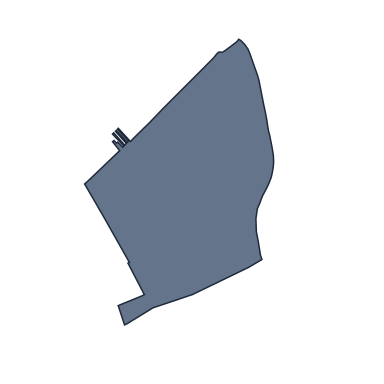 Rud Al-Farag, Al Qahirah, Egypt (Natural Earth projection), rotated 225°
{"feature_id": "37247803B92272311463105", "entity_name": "Rud Al-Farag", "entity_type": "district", "adm_level": 2, "iso_a3": "EGY", "parent_name": "Egypt", "parent_adm1": "Al Qahirah", "projection": "natural_earth1", "projection_center": [31.241, 30.075], "detail": "fine", "context": "isolated", "style": "filled", "palette": "slate", "viewbox_px": 384, "rotation_deg": 225, "n_neighbors": 0, "source": "geoboundaries", "source_scale": "gbopen_adm2", "svg_char_len": 1488}
<svg xmlns="http://www.w3.org/2000/svg" viewBox="0 0 384 384"><g transform="rotate(225 192 192)"><path d="M267.0,333.0L266.6,330.8L266.6,329.5L266.9,327.3L268.7,314.8L269.4,312.3L270.0,311.6L270.4,311.3L271.5,310.5L272.1,309.6L272.1,308.3L272.1,307.1L272.0,306.1L271.6,302.2L271.5,287.3L271.5,256.9L271.5,230.9L271.1,210.8L271.2,203.9L271.2,202.6L271.2,201.2L271.3,194.2L271.3,187.7L271.2,184.2L272.2,184.2L289.2,184.9L289.1,183.6L272.9,183.2L272.8,181.5L289.1,181.9L289.1,180.8L272.8,179.9L272.8,179.7L272.7,177.5L289.2,178.5L289.2,176.7L272.7,176.4L272.7,176.2L272.7,174.6L277.5,174.7L279.8,174.7L279.8,173.9L279.9,173.2L281.5,173.2L283.6,173.3L283.7,172.3L283.8,171.4L272.4,170.1L272.6,161.4L272.9,145.5L273.4,125.2L273.6,121.7L272.3,121.4L271.1,121.1L236.2,111.8L186.4,97.9L186.8,97.0L187.0,96.4L185.6,96.0L176.5,93.1L153.1,85.7L153.6,84.3L154.0,83.0L163.9,59.5L145.7,50.3L144.8,52.8L137.7,82.5L121.8,114.5L119.1,119.9L117.0,126.1L98.7,178.7L94.8,193.7L99.0,195.8L109.5,203.4L118.5,209.5L128.0,218.4L133.0,225.1L133.5,225.9L134.1,226.6L134.9,228.8L136.6,233.0L139.2,238.6L141.7,246.8L143.5,251.9L146.3,258.3L148.8,262.3L151.7,266.4L155.4,270.9L160.7,275.7L167.7,280.7L177.9,287.5L180.3,288.8L180.8,289.1L181.5,289.6L183.7,291.1L190.0,295.8L196.9,300.5L203.4,304.7L210.2,309.3L216.5,313.5L223.8,318.4L228.3,320.9L248.8,330.7L251.8,331.9L252.6,332.3L253.7,332.7L259.4,333.6L263.9,333.7L264.6,333.6L265.3,333.5L267.0,333.0Z" fill="#64748b" stroke="#1e293b" stroke-width="1.5"/></g></svg>